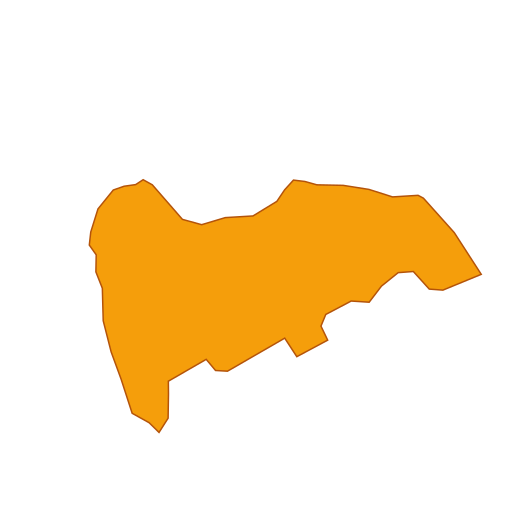 SVG path tracing the border of Kyegegwa, rotated 240°
{"feature_id": "UGA-5611", "entity_name": "Kyegegwa", "entity_type": "District", "adm_level": 1, "iso_a3": "UGA", "parent_name": "Uganda", "parent_adm1": "", "projection": "robinson", "projection_center": [31.032, 0.442], "detail": "fine", "context": "isolated", "style": "filled", "palette": "amber", "viewbox_px": 512, "rotation_deg": 240, "n_neighbors": 0, "source": "natural_earth", "source_scale": "10m", "svg_char_len": 788}
<svg xmlns="http://www.w3.org/2000/svg" viewBox="0 0 512 512"><g transform="rotate(240 256 256)"><path d="M227.5,426.7L222.4,429.9L177.1,439.4L127.5,441.9L133.0,400.8L140.7,389.5L163.9,384.5L170.5,370.8L167.2,349.6L159.4,330.9L169.4,315.9L170.5,287.2L162.8,277.2L147.3,276.0L148.4,241.0L170.5,239.8L170.5,173.7L177.1,163.7L191.4,161.2L191.4,117.5L180.4,111.3L159.5,98.8L151.7,83.8L165.0,80.1L181.7,70.1L216.8,77.6L245.4,82.6L276.3,91.3L304.9,106.8L322.3,109.4L336.9,118.2L348.8,117.1L359.4,124.9L375.8,142.7L384.5,165.4L382.4,176.6L378.0,187.5L378.5,196.4L369.5,201.8L324.5,210.6L310.3,224.6L304.6,248.6L292.2,273.4L292.9,301.4L299.0,313.9L303.0,326.4L296.1,335.6L287.2,344.3L273.6,366.8L257.2,387.1L238.9,403.8L227.5,426.7Z" fill="#f59e0b" stroke="#b45309" stroke-width="1.5"/></g></svg>